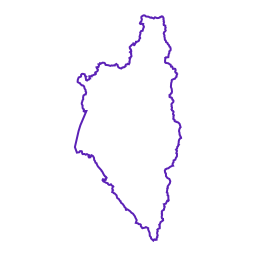 Umphang, Tak, Thailand (Albers equal-area conic projection)
{"feature_id": "78962969B38032656496356", "entity_name": "Umphang", "entity_type": "district", "adm_level": 2, "iso_a3": "THA", "parent_name": "Thailand", "parent_adm1": "Tak", "projection": "albers", "projection_center": [98.923, 15.785], "detail": "fine", "context": "isolated", "style": "outline", "palette": "violet", "viewbox_px": 256, "rotation_deg": 0, "n_neighbors": 0, "source": "geoboundaries", "source_scale": "gbopen_adm2", "svg_char_len": 5780}
<svg xmlns="http://www.w3.org/2000/svg" viewBox="0 0 256 256"><path d="M180.6,127.2L179.6,123.9L178.3,122.5L176.6,122.0L176.5,121.7L175.5,121.6L174.7,121.2L174.7,120.1L173.5,119.3L173.6,118.7L173.3,118.4L173.6,116.9L173.4,116.3L173.9,115.2L173.1,114.4L173.0,113.8L173.6,111.9L173.2,111.1L172.0,110.4L171.9,109.7L171.5,109.4L172.0,108.0L172.0,107.2L171.5,106.6L171.7,105.4L171.4,104.7L171.6,103.8L173.3,102.0L173.5,100.9L173.0,100.0L172.3,99.6L172.1,98.2L171.6,97.6L170.6,97.5L170.5,97.2L169.6,97.0L169.5,96.5L169.5,95.0L170.4,94.7L170.8,93.5L171.6,93.1L172.0,91.8L171.7,88.9L170.9,86.9L171.2,83.0L171.7,81.6L171.7,80.3L172.0,79.8L173.6,79.1L175.0,78.7L175.6,77.6L176.6,76.7L176.4,76.0L177.2,74.1L176.7,73.7L176.6,73.0L175.7,72.7L175.2,71.8L175.2,71.2L175.6,70.7L175.5,69.3L175.2,68.9L174.7,68.7L173.0,68.9L172.2,66.6L171.0,66.6L170.6,64.7L169.6,64.3L168.4,63.3L165.7,62.9L165.1,62.3L165.2,61.5L165.0,61.1L165.3,58.7L165.2,57.9L166.1,57.6L166.2,57.3L166.6,57.4L168.3,57.2L168.7,54.1L169.3,53.0L169.3,51.3L170.5,50.4L170.7,49.0L170.3,47.2L169.4,46.6L169.1,45.3L167.8,44.1L167.6,43.1L166.0,42.0L166.0,41.5L165.7,40.5L165.0,40.0L164.8,39.3L164.7,37.6L164.3,36.5L164.5,35.4L163.7,33.5L164.1,32.2L165.2,31.3L165.7,30.4L165.1,29.1L165.6,27.8L165.4,27.7L165.3,25.6L164.5,25.4L164.2,25.0L163.8,25.0L163.6,24.0L164.1,22.1L163.6,21.5L163.8,20.2L163.4,19.3L163.6,18.2L162.7,16.6L161.8,16.3L160.9,16.7L160.9,17.0L160.6,17.2L159.8,17.2L159.5,17.6L158.5,18.0L157.1,18.1L155.0,17.3L153.8,18.5L152.4,17.8L151.5,17.8L151.1,17.4L150.3,17.7L148.5,16.7L146.0,16.5L144.7,15.4L143.4,15.4L141.5,16.6L141.3,17.9L141.9,19.2L141.3,21.4L140.4,22.2L139.9,23.3L140.4,24.0L141.9,23.7L143.0,23.9L142.7,24.5L143.4,25.2L143.6,26.2L143.9,26.6L143.8,27.4L143.4,27.9L142.6,30.8L141.2,31.0L140.2,32.5L140.5,33.3L139.5,36.9L140.1,37.6L140.2,38.1L139.3,39.2L139.0,40.6L138.4,41.1L137.3,41.7L136.0,41.8L136.0,42.6L135.0,43.4L135.0,44.0L134.4,45.1L134.1,45.1L133.8,43.9L133.3,43.5L132.9,44.4L132.0,44.7L129.7,47.1L129.8,48.1L130.1,48.9L130.8,49.3L131.3,51.2L131.0,51.8L130.4,51.7L130.0,52.1L131.2,53.2L131.0,54.0L131.4,55.3L131.4,56.4L130.7,56.8L130.6,57.5L129.4,58.0L129.5,58.5L130.0,58.9L129.7,60.1L129.6,61.5L129.3,61.9L129.6,62.7L128.9,64.2L127.7,63.8L127.3,64.3L126.0,64.5L125.4,65.5L125.6,66.2L124.3,67.2L123.2,67.2L122.7,67.7L122.1,67.7L121.3,68.5L119.8,68.1L118.4,67.3L117.7,65.9L117.6,65.0L116.9,64.7L116.4,64.0L115.4,64.5L114.8,65.5L114.2,65.3L112.5,65.6L111.6,65.4L110.3,65.9L108.3,65.2L105.6,64.9L105.0,63.4L104.1,62.8L102.5,62.7L101.1,63.5L100.1,63.2L100.0,64.0L98.5,64.3L99.0,65.5L98.4,67.1L97.5,67.0L96.5,67.3L97.0,68.6L97.9,69.5L97.9,70.1L97.4,71.2L95.2,72.5L95.2,73.0L95.8,73.5L95.9,73.9L95.2,74.5L94.4,74.6L92.4,75.5L92.0,75.5L91.7,76.4L90.3,76.2L89.3,76.3L89.4,77.0L90.1,78.5L89.4,78.7L89.1,79.4L88.3,79.6L87.1,80.5L86.8,80.1L86.1,80.0L85.6,77.2L86.2,76.6L85.0,75.8L84.7,74.3L82.8,73.8L81.8,74.0L81.1,74.8L81.1,76.2L80.8,76.7L78.7,77.4L77.8,79.7L77.6,81.9L78.3,82.5L80.1,83.3L80.6,84.4L81.7,85.0L82.0,85.4L82.9,85.4L84.1,86.4L84.6,88.6L85.6,90.0L85.6,91.5L86.1,92.1L86.1,93.0L85.7,94.4L85.0,94.4L83.5,95.5L83.1,97.3L83.2,99.4L82.5,100.3L82.4,101.1L81.7,103.2L81.9,104.4L82.6,105.4L82.5,105.8L82.6,108.0L83.4,109.2L83.9,109.4L83.7,111.2L84.6,111.7L85.5,111.0L86.4,111.0L80.4,125.2L78.6,131.0L74.9,147.1L76.9,152.6L79.4,152.2L80.1,151.1L81.6,151.2L81.8,151.3L82.3,153.7L82.7,154.1L84.5,154.0L85.8,154.7L86.9,154.1L88.2,154.9L89.3,155.2L88.5,156.7L89.1,157.5L90.3,157.3L90.3,156.9L91.0,156.3L91.7,155.3L93.1,156.2L94.0,157.9L94.2,160.0L94.9,160.9L95.5,162.7L96.6,163.3L96.8,164.3L97.9,166.4L101.3,170.2L101.6,171.0L102.1,171.3L104.1,175.2L104.7,175.7L104.9,176.3L105.9,176.8L106.6,177.8L105.6,178.6L105.9,179.3L105.7,179.9L104.6,180.1L103.0,179.2L102.5,180.1L102.9,180.8L103.5,181.5L104.8,182.0L105.9,182.7L107.7,183.2L108.1,184.2L109.1,184.9L109.7,184.9L110.9,184.3L111.7,185.4L113.1,186.2L113.3,186.6L112.8,186.9L112.2,188.8L113.0,190.1L112.5,190.6L112.5,191.2L112.2,192.1L113.6,192.7L113.8,193.2L114.6,193.4L116.6,195.4L116.8,196.7L117.3,198.1L118.9,199.1L119.9,200.9L120.6,201.2L120.9,202.6L122.7,204.0L124.2,206.1L124.4,206.9L125.6,207.9L125.9,209.8L126.3,209.9L127.0,209.3L127.5,209.4L130.1,211.2L131.4,212.7L133.0,213.7L135.0,216.5L135.3,217.5L136.7,220.1L135.8,222.9L137.9,223.3L138.6,224.1L140.1,224.2L140.8,224.7L140.9,226.4L141.5,226.8L141.8,227.6L142.4,228.2L145.2,227.6L145.9,227.1L148.2,228.2L148.2,229.6L149.6,232.8L149.8,235.9L151.0,237.3L151.1,238.5L153.3,240.6L154.2,239.4L154.7,239.4L155.3,239.9L156.6,239.7L156.6,238.2L157.4,237.0L157.1,236.3L157.7,235.4L157.1,233.3L157.3,231.8L157.8,231.1L157.3,229.7L158.4,228.7L159.7,228.3L159.8,226.7L159.5,226.2L159.7,225.5L159.2,224.8L160.0,223.9L160.5,222.2L163.1,220.4L163.0,218.8L162.1,218.5L161.8,217.8L161.7,216.4L162.1,214.9L161.8,214.3L162.0,213.7L161.7,213.2L162.0,212.2L161.8,211.5L162.3,210.7L164.0,209.7L164.0,208.7L164.6,207.3L164.3,206.7L164.6,206.4L164.2,205.8L164.3,204.6L164.0,204.2L165.9,203.6L167.1,200.9L168.1,201.1L168.7,200.4L168.7,200.1L168.2,199.8L168.4,199.2L168.3,195.8L167.6,195.3L167.7,194.4L167.4,192.7L166.8,192.4L167.3,189.5L167.2,188.4L167.9,187.9L167.6,186.9L167.7,186.3L169.8,183.4L170.3,181.2L169.3,178.9L167.4,178.0L166.0,176.2L165.9,173.4L165.2,172.8L164.8,170.7L165.5,169.2L166.0,169.2L167.0,168.5L168.3,168.3L170.2,166.8L172.3,165.8L173.1,165.7L172.5,164.3L172.8,163.2L173.5,162.4L173.6,160.4L175.3,159.7L175.9,157.8L176.9,156.4L177.0,153.8L176.3,153.2L177.0,150.9L176.1,149.8L176.6,149.5L176.6,148.8L177.1,148.4L177.3,146.8L178.0,146.3L178.2,145.3L178.9,144.7L178.4,144.1L178.8,142.0L178.7,141.3L179.2,139.6L180.0,138.6L181.1,138.0L181.0,137.2L180.4,136.7L180.1,135.3L179.6,134.8L179.5,132.8L179.0,131.1L179.4,129.0L179.8,128.5L179.9,127.9L180.6,127.2Z" fill="none" stroke="#5b21b6" stroke-width="2"/></svg>